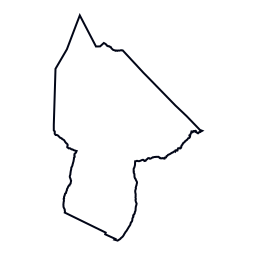 the district of Arrecifes, Buenos Aires, Argentina
{"feature_id": "61730980B34566458401394", "entity_name": "Arrecifes", "entity_type": "district", "adm_level": 2, "iso_a3": "ARG", "parent_name": "Argentina", "parent_adm1": "Buenos Aires", "projection": "equal_earth", "projection_center": [-60.001, -34.007], "detail": "fine", "context": "isolated", "style": "outline", "palette": "ink", "viewbox_px": 256, "rotation_deg": 0, "n_neighbors": 0, "source": "geoboundaries", "source_scale": "gbopen_adm2", "svg_char_len": 5611}
<svg xmlns="http://www.w3.org/2000/svg" viewBox="0 0 256 256"><path d="M53.8,130.4L53.9,130.6L54.0,130.7L54.7,131.3L54.8,131.8L54.7,132.9L54.7,133.5L54.8,133.9L55.1,134.3L55.4,134.7L55.7,135.0L56.1,135.0L56.7,134.9L57.1,135.1L57.4,135.3L58.1,135.6L59.1,136.7L60.1,137.7L61.6,138.3L61.9,138.6L62.1,139.0L62.5,139.2L63.6,139.8L64.3,140.4L65.2,142.0L65.6,142.4L66.3,143.3L66.7,143.5L67.0,143.8L67.3,144.1L67.6,144.7L67.7,145.3L67.6,145.6L67.4,145.9L67.3,146.2L67.4,146.5L67.3,146.8L67.3,147.3L67.9,147.5L68.0,147.6L68.2,148.0L68.8,148.4L69.5,148.3L69.8,148.2L70.0,148.3L70.7,148.7L71.2,149.2L71.6,149.4L72.4,149.4L72.6,149.6L73.1,149.7L73.6,150.1L74.0,150.2L74.3,150.4L74.7,150.5L75.0,150.5L75.7,150.8L76.6,151.0L76.0,152.5L75.8,152.8L75.0,153.4L74.7,153.7L74.4,154.2L74.5,154.4L74.6,154.9L74.6,155.2L74.3,155.7L74.3,155.9L74.7,156.6L74.7,156.9L74.0,157.7L73.9,158.0L74.0,158.5L73.6,160.6L73.5,161.4L73.3,161.9L73.2,162.4L73.0,162.9L72.9,163.7L72.6,164.2L72.5,165.1L72.4,165.5L72.0,166.5L71.8,166.9L71.4,167.3L71.3,167.8L71.2,169.2L71.1,169.6L70.9,170.4L70.8,170.9L70.7,171.4L70.4,173.6L70.4,174.2L70.3,174.6L69.9,175.8L69.8,176.4L69.8,177.0L70.1,177.9L70.6,179.0L70.7,179.8L71.1,180.6L71.0,181.4L70.7,182.6L70.6,183.6L69.7,184.5L69.5,185.4L69.0,185.4L68.8,185.6L68.1,186.8L67.4,188.5L67.0,189.0L66.9,189.4L66.9,190.3L66.6,190.8L66.2,191.8L66.1,192.3L66.1,192.8L65.9,193.1L65.1,193.6L65.0,194.0L64.9,194.6L64.7,195.0L64.6,195.8L64.2,196.3L64.0,197.4L64.0,197.8L64.1,198.3L63.7,198.7L63.7,199.3L63.9,199.7L63.9,201.2L63.7,201.7L63.6,202.2L63.6,202.6L63.5,203.6L63.4,204.3L63.5,206.5L63.6,207.2L64.0,208.1L64.2,208.5L64.7,209.4L64.7,210.3L64.8,210.6L64.9,211.1L64.9,211.5L65.0,211.8L65.0,212.1L64.9,212.4L64.8,212.6L105.7,232.6L105.2,234.3L115.3,238.9L114.5,239.7L117.7,240.6L118.2,240.2L119.6,239.4L120.4,238.8L120.7,238.3L122.5,236.8L123.0,236.2L123.8,235.0L124.1,234.3L124.7,233.4L125.6,231.9L126.0,231.5L126.6,230.7L128.3,227.9L128.8,227.0L130.1,225.1L130.4,224.4L130.6,223.2L130.9,222.7L131.1,222.3L131.3,222.3L131.5,221.9L132.0,221.2L132.2,220.6L132.4,219.1L132.4,218.5L132.5,218.2L132.8,217.7L133.2,217.2L133.4,216.6L133.1,216.1L133.3,215.2L133.8,214.5L134.1,214.5L134.7,213.3L134.8,212.7L134.8,212.3L134.9,211.9L135.2,211.5L135.4,210.8L135.6,209.9L135.6,208.9L135.8,206.8L136.4,204.8L136.6,203.5L135.9,201.9L135.6,200.6L135.5,199.8L135.8,199.3L135.8,198.7L135.5,197.6L135.5,197.1L135.7,196.2L135.6,195.1L135.7,194.1L135.4,193.1L135.2,191.2L135.3,190.4L135.7,189.1L135.9,188.7L135.9,188.4L135.7,187.7L135.9,187.2L136.0,186.7L136.1,186.3L136.2,185.9L136.5,185.3L136.6,184.4L136.9,183.4L137.0,182.3L136.8,181.6L136.1,180.4L135.9,179.9L135.8,179.7L135.7,179.3L135.6,179.0L135.0,178.4L134.9,178.1L134.8,177.6L134.6,177.3L134.5,176.9L134.4,174.3L134.4,174.1L134.2,173.6L134.0,173.1L133.8,172.9L133.8,172.7L133.7,172.1L133.6,171.8L133.9,171.3L133.8,170.9L133.6,170.3L133.7,168.7L133.9,168.2L134.1,168.0L134.3,167.6L134.9,165.4L135.0,164.8L135.1,161.8L135.2,161.5L135.2,161.3L135.4,161.3L135.9,161.2L136.7,160.9L137.0,160.8L138.0,161.1L139.1,161.2L140.3,160.8L141.6,160.2L142.4,159.9L143.1,159.8L143.3,159.9L143.9,160.2L144.1,160.5L144.3,160.7L144.4,161.0L145.2,160.9L145.7,160.7L146.1,160.0L146.3,159.7L147.0,159.3L147.0,159.2L147.6,158.7L147.9,158.3L148.3,158.1L148.6,158.1L148.9,158.1L149.1,158.1L149.4,158.5L149.7,158.7L150.2,158.7L150.8,158.5L152.8,157.3L153.3,157.4L153.6,157.3L153.9,157.1L154.4,157.0L155.4,157.0L156.0,156.8L156.4,156.9L157.1,156.8L157.7,156.9L158.5,156.8L159.1,157.3L159.5,157.5L159.6,157.9L159.9,158.1L160.3,158.0L160.6,158.3L161.0,158.4L161.4,158.3L161.8,158.3L162.3,158.1L162.8,158.3L163.4,158.2L163.7,158.3L164.0,158.6L164.4,158.6L164.4,158.0L164.6,157.7L165.5,157.7L166.1,157.4L166.5,156.2L166.8,156.0L167.0,156.0L167.4,155.7L167.9,155.0L168.2,154.8L169.7,154.2L170.6,153.6L171.0,153.4L171.7,152.8L172.4,152.7L172.8,152.5L173.4,151.9L173.6,151.7L174.3,151.6L174.8,151.2L175.1,151.2L175.3,151.4L175.4,151.1L175.3,150.6L175.4,150.4L175.8,150.3L175.9,150.5L176.9,150.6L177.3,150.6L177.5,150.5L177.5,149.6L178.2,148.2L178.4,148.2L178.9,148.4L180.2,148.4L180.3,147.6L180.7,147.5L180.9,147.7L181.1,147.7L181.4,146.6L181.4,145.9L181.6,145.5L181.7,145.3L182.1,145.0L182.3,144.8L182.4,144.6L182.6,144.2L182.8,143.6L183.1,143.5L183.2,143.4L183.4,142.9L183.5,142.7L184.0,142.5L184.5,142.2L184.7,141.9L185.1,141.2L185.7,140.9L186.6,140.0L186.8,140.0L187.1,139.8L187.5,139.3L188.0,138.4L188.4,138.2L189.0,138.1L189.7,137.5L190.0,136.7L190.1,136.3L190.0,136.0L189.7,135.7L189.4,135.6L189.5,135.2L190.3,135.0L190.5,134.5L190.7,133.6L191.1,133.0L191.2,132.6L191.5,131.4L191.9,131.4L192.3,132.3L192.5,132.3L193.1,131.7L193.3,131.4L193.5,131.2L194.0,131.5L194.2,131.4L194.3,131.0L194.5,131.0L195.0,131.2L195.5,130.8L195.8,130.9L195.9,131.1L195.8,132.0L196.1,132.1L196.4,132.1L196.6,132.5L197.3,132.7L197.5,132.8L197.6,133.1L198.0,133.3L198.6,132.8L199.1,132.2L199.5,132.2L200.2,132.0L200.3,131.5L200.2,131.4L200.2,131.2L200.4,131.1L201.0,131.4L201.7,131.1L202.2,130.8L199.9,129.9L186.7,116.2L175.4,105.5L149.7,79.1L143.4,72.7L122.8,50.5L122.7,50.4L122.1,50.4L121.9,50.3L121.6,50.4L121.1,50.2L119.4,50.6L118.4,50.5L117.4,50.8L117.1,50.5L116.8,50.5L116.3,50.6L116.0,50.5L115.8,50.8L115.6,50.8L115.2,50.6L114.0,50.1L113.3,50.0L112.2,49.0L111.6,48.5L111.3,48.0L111.1,47.8L111.0,47.3L110.7,47.1L110.1,47.0L109.6,46.4L109.4,46.3L108.8,46.4L108.1,46.0L107.8,46.1L107.4,45.8L107.2,45.8L107.0,45.5L106.6,45.3L106.5,45.1L106.5,44.9L106.2,44.5L105.9,44.3L105.4,43.9L103.8,43.0L100.1,46.4L96.0,46.5L79.8,15.4L76.6,23.7L66.9,49.3L55.5,68.8L53.8,124.8L53.8,130.4Z" fill="none" stroke="#020617" stroke-width="2"/></svg>